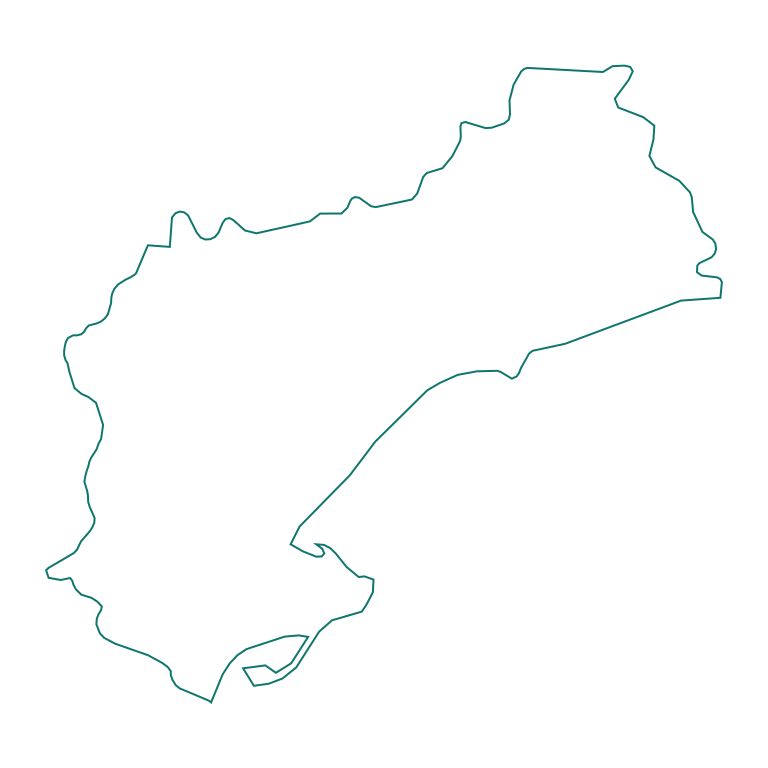 outline of Tarragona
{"feature_id": "ESP-5846", "entity_name": "Tarragona", "entity_type": "Autonomous Community", "adm_level": 1, "iso_a3": "ESP", "parent_name": "Spain", "parent_adm1": "", "projection": "equal_earth", "projection_center": [0.73, 41.051], "detail": "fine", "context": "isolated", "style": "outline", "palette": "teal", "viewbox_px": 768, "rotation_deg": 0, "n_neighbors": 0, "source": "natural_earth", "source_scale": "10m", "svg_char_len": 2631}
<svg xmlns="http://www.w3.org/2000/svg" viewBox="0 0 768 768"><path d="M720.4,297.8L681.0,300.6L565.1,343.8L532.5,350.8L529.0,353.7L520.9,368.2L519.1,372.9L516.8,376.3L511.9,378.7L500.8,372.0L497.4,370.8L477.0,371.3L457.6,374.9L439.9,382.9L427.4,390.2L375.2,441.7L349.9,475.2L299.6,526.5L290.6,544.3L303.0,551.4L316.3,556.7L321.9,556.4L324.2,553.4L322.4,548.9L316.3,544.3L324.0,544.9L330.3,548.2L335.6,553.3L346.7,567.1L358.7,577.0L364.5,576.4L373.5,579.6L372.9,592.3L366.3,604.9L361.8,611.6L332.0,620.3L319.1,631.7L296.2,667.5L282.3,678.6L268.8,683.7L253.9,685.8L243.1,668.3L265.4,665.4L275.9,672.8L291.2,663.3L308.1,636.9L298.8,635.4L284.7,636.6L246.5,649.1L237.4,655.2L229.6,663.5L222.7,674.3L211.1,702.4L208.9,700.7L179.7,688.4L175.7,685.1L172.5,679.9L170.8,675.2L170.8,671.2L167.6,666.9L162.3,663.0L148.0,655.2L115.1,643.7L104.2,637.9L99.9,633.3L96.4,624.4L96.8,618.7L98.6,614.0L101.0,610.4L101.8,606.4L97.4,601.7L91.6,597.9L81.4,594.7L76.0,589.5L73.5,584.8L72.2,580.7L70.1,578.0L60.7,580.0L48.6,577.8L46.1,570.3L48.5,567.9L73.9,553.0L77.1,549.5L81.0,541.4L90.0,531.0L92.4,527.1L94.3,522.8L94.6,518.0L89.8,507.1L88.2,502.0L88.0,495.9L87.2,491.0L84.4,481.9L85.4,475.9L86.7,470.9L88.4,466.1L89.4,461.6L91.2,457.6L96.6,449.3L98.6,443.5L101.1,439.0L103.1,424.9L96.0,402.8L88.4,397.0L81.7,394.1L74.5,388.1L69.3,371.5L67.5,363.2L65.5,360.0L64.2,355.5L64.1,351.1L64.8,346.5L65.9,341.8L68.1,338.0L73.1,335.3L77.4,335.3L81.4,334.2L84.2,331.7L85.9,328.5L88.8,325.5L97.1,323.3L101.2,321.4L104.9,318.3L107.9,314.3L111.1,303.0L111.3,297.9L112.2,293.5L114.3,288.9L117.9,284.6L125.0,280.0L130.3,277.4L134.9,274.5L136.1,273.2L147.9,245.3L169.8,246.9L172.0,217.5L175.4,213.3L179.6,211.6L184.1,212.3L188.1,215.4L196.8,232.7L200.6,237.5L205.2,239.5L210.3,239.2L215.1,236.8L218.6,232.5L222.6,223.0L225.4,219.2L229.2,218.0L233.1,219.9L245.0,230.5L256.4,233.3L309.9,221.4L320.1,213.6L341.5,213.5L347.5,207.6L350.2,201.1L351.9,198.6L354.7,197.1L359.1,197.7L371.0,206.2L375.7,207.1L412.1,199.5L417.2,193.5L423.2,177.0L426.7,173.0L442.5,168.2L452.5,155.9L460.2,140.8L460.8,136.4L460.4,126.5L461.5,123.1L465.2,122.0L485.6,128.1L491.7,127.7L504.1,123.5L508.8,119.7L510.0,114.3L509.5,100.4L513.6,84.7L521.2,71.4L524.1,69.0L527.3,67.9L602.9,72.0L612.5,66.2L624.4,65.6L630.2,66.9L632.8,71.3L628.7,79.9L614.8,98.7L618.2,107.5L643.3,117.2L654.3,125.7L653.5,139.3L649.4,155.9L655.6,167.4L679.4,180.9L690.0,192.4L691.8,197.2L693.1,211.9L702.4,231.9L712.8,239.5L715.3,243.5L716.1,249.2L714.6,253.8L711.5,257.3L699.3,263.2L697.3,265.6L697.0,272.2L701.7,275.6L717.0,277.3L720.2,279.0L721.9,282.1L720.4,297.8Z" fill="none" stroke="#0f766e" stroke-width="2"/></svg>